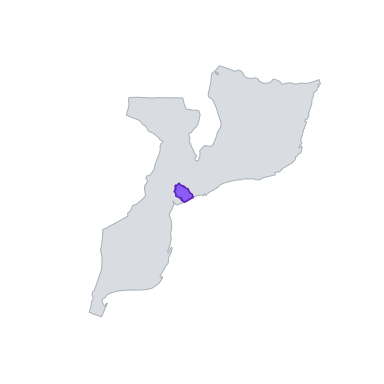 location of Muanza, Sofala, Mozambique, rotated 19°
{"feature_id": "85939544B50673994435668", "entity_name": "Muanza", "entity_type": "district", "adm_level": 2, "iso_a3": "MOZ", "parent_name": "Mozambique", "parent_adm1": "Sofala", "projection": "mercator", "projection_center": [34.955, -19.086], "detail": "fine", "context": "in_parent", "style": "filled", "palette": "violet", "viewbox_px": 384, "rotation_deg": 19, "n_neighbors": 0, "source": "geoboundaries", "source_scale": "gbopen_adm2", "svg_char_len": 7013}
<svg xmlns="http://www.w3.org/2000/svg" viewBox="0 0 384 384"><g transform="rotate(19 192 192)"><path d="M119.9,256.3L122.3,254.4L138.3,236.7L139.3,236.0L138.0,233.1L140.0,229.7L140.3,224.4L140.9,223.6L143.4,221.8L146.7,216.4L148.8,212.2L149.1,210.2L146.1,204.5L145.2,201.5L146.1,198.8L146.4,196.3L146.0,195.5L144.1,194.5L143.8,193.4L143.8,192.1L144.2,191.4L146.5,190.2L147.0,189.6L148.8,183.0L148.2,178.0L148.2,172.4L148.6,166.5L148.4,163.2L147.0,159.4L146.8,156.7L147.9,154.8L148.1,153.6L144.6,153.0L142.8,151.4L136.1,149.0L130.9,148.6L126.6,144.8L123.3,144.2L119.0,141.4L105.4,140.9L104.9,140.6L104.4,132.3L103.9,129.5L102.3,126.6L101.8,124.6L101.9,123.2L109.4,120.2L124.1,116.0L127.3,114.5L152.4,106.1L153.1,106.6L155.6,110.9L159.7,115.8L160.8,115.1L166.8,114.3L167.7,113.7L169.5,113.3L171.6,113.0L172.3,113.3L174.5,116.3L175.3,122.0L175.4,125.9L175.1,128.6L173.3,131.8L172.0,135.8L170.1,138.0L170.1,139.0L172.3,141.4L172.8,142.4L172.6,144.5L173.0,145.4L174.9,146.7L176.3,148.7L181.8,154.5L183.2,155.5L184.3,155.8L184.8,156.9L184.5,158.3L183.7,159.0L184.0,160.1L185.0,161.0L187.5,160.8L187.8,160.5L187.7,155.3L186.8,152.3L185.8,150.9L187.9,145.4L189.0,143.9L193.1,143.2L195.0,142.7L195.7,142.0L196.4,140.3L196.8,135.4L197.0,130.8L196.6,128.1L197.2,124.0L198.1,121.5L197.6,121.0L197.3,117.6L187.1,104.0L181.3,98.0L180.4,97.4L177.2,96.9L175.5,94.6L174.1,82.6L172.0,73.8L175.3,68.1L176.4,64.4L177.1,63.8L180.0,63.6L190.0,63.7L192.5,64.1L193.6,63.7L196.3,61.5L198.4,61.5L201.3,62.9L202.9,64.2L203.2,65.2L205.1,65.9L208.7,66.0L211.4,65.5L213.0,64.2L214.7,63.5L216.5,63.4L217.9,63.9L218.8,64.8L220.6,65.5L223.2,65.9L226.1,65.3L229.2,63.7L231.0,62.0L231.9,59.1L232.5,58.7L236.9,58.5L239.2,59.0L242.2,60.8L247.4,57.6L250.7,56.5L253.8,56.5L256.3,55.7L258.3,54.2L260.4,53.3L264.8,52.1L267.7,50.5L275.7,44.4L276.6,46.1L278.3,47.8L276.1,49.6L278.0,50.7L276.6,52.4L276.5,53.6L277.1,54.8L276.2,56.7L275.0,58.2L274.7,59.4L275.8,61.4L275.2,65.0L276.9,71.0L276.4,73.0L276.7,77.8L276.1,79.5L277.2,80.1L277.7,82.0L277.3,85.3L275.5,86.7L275.3,88.1L277.5,88.1L277.5,92.3L277.2,93.5L277.8,94.9L277.1,96.4L277.9,103.1L278.0,108.0L278.1,108.8L280.0,109.6L280.0,110.9L278.7,112.7L278.8,115.3L280.2,113.2L281.0,113.2L281.8,114.0L281.8,117.0L282.2,118.4L282.0,119.7L279.8,122.2L279.7,124.5L278.8,124.8L278.4,125.4L279.0,126.8L278.9,128.0L277.4,131.7L269.7,140.6L269.5,142.2L267.6,145.0L265.5,145.5L264.3,146.2L265.2,148.7L255.0,155.1L254.0,155.9L252.3,158.3L248.9,159.5L245.3,159.6L244.6,160.1L236.3,163.0L234.7,164.4L231.2,165.7L225.6,168.9L221.0,171.9L215.9,176.4L215.2,178.9L212.7,182.0L209.1,185.8L206.9,189.0L206.8,190.3L205.5,190.7L204.4,189.4L203.9,192.0L203.0,192.2L202.0,191.6L197.4,194.3L194.0,197.4L189.1,203.4L182.0,209.1L180.4,209.2L178.2,207.2L177.0,207.1L178.8,209.3L178.7,214.1L177.8,219.8L177.9,221.0L182.6,227.1L184.9,234.2L185.1,237.8L187.5,242.5L188.5,249.6L188.3,256.2L189.4,257.2L189.8,256.3L190.0,252.1L190.7,251.0L191.3,251.2L191.9,253.4L192.1,255.8L191.2,261.0L191.5,263.1L192.7,266.6L191.3,270.7L189.2,282.0L189.7,282.8L190.8,283.0L191.2,281.8L191.8,281.8L192.1,282.5L191.2,287.0L190.4,289.0L187.2,293.8L185.6,295.9L182.8,297.9L176.2,301.1L163.1,305.7L154.8,309.4L148.3,313.7L145.4,316.6L144.2,319.9L142.0,323.4L143.9,326.3L146.4,328.4L147.5,324.9L148.2,324.9L147.0,339.4L138.0,339.6L135.3,339.1L133.9,339.2L133.7,333.1L132.7,328.6L133.1,325.4L133.0,323.6L131.1,322.5L130.6,319.0L131.7,316.3L131.7,294.4L128.5,283.8L124.2,276.2L124.0,272.4L122.1,264.0L119.9,256.3ZM177.5,73.0L178.6,72.5L178.8,71.5L178.1,71.0L177.5,71.1L177.2,72.7L177.5,73.0ZM176.8,71.2L176.0,70.5L175.3,70.7L175.1,71.3L175.8,72.1L176.5,72.1L176.8,71.2Z" fill="#d9dde1" stroke="#a8b0b8" stroke-width="1"/><path d="M176.7,188.2L176.7,188.3L176.5,188.5L176.4,188.6L176.5,188.7L176.5,188.8L176.3,189.0L176.3,189.6L176.2,189.7L176.2,189.8L176.3,189.9L176.3,190.0L176.2,190.1L175.9,190.4L175.7,190.4L175.6,190.5L175.4,190.6L175.2,190.8L175.1,191.0L175.0,191.3L174.9,191.3L174.8,191.2L174.8,191.3L174.6,191.3L174.6,191.2L174.4,191.1L174.3,191.3L174.2,191.4L174.1,191.6L174.0,191.9L174.0,192.1L174.4,192.3L174.6,192.8L174.9,192.8L175.1,192.9L175.3,193.0L175.3,193.3L175.2,193.5L175.4,194.0L175.5,194.1L175.6,194.3L175.5,194.5L175.4,194.5L175.5,194.6L175.4,194.6L175.3,194.8L175.5,194.9L175.4,195.0L175.4,195.3L175.3,195.5L175.2,195.7L175.3,195.8L175.2,196.0L175.3,196.1L175.2,196.2L175.3,196.3L175.3,196.5L175.4,196.8L175.3,197.0L175.2,197.1L175.0,197.3L175.0,197.5L175.4,197.5L175.5,197.5L175.8,197.6L176.0,197.7L176.2,197.8L176.3,197.8L176.5,198.0L176.5,198.3L176.7,198.5L177.0,198.8L177.2,199.0L177.4,199.1L177.5,199.3L177.6,199.7L177.7,199.9L177.7,200.1L177.7,200.4L177.9,200.9L178.1,201.1L178.6,201.1L179.1,201.1L179.4,201.0L179.6,200.9L179.7,201.0L179.8,201.1L179.8,201.3L180.0,201.3L180.3,201.4L180.5,201.4L180.9,201.4L181.2,201.4L181.5,201.4L182.0,201.5L182.2,201.4L182.3,201.5L182.5,201.5L182.6,201.4L182.8,201.5L183.2,201.6L183.4,201.6L183.5,201.8L183.6,201.7L183.6,201.8L183.7,201.7L183.8,201.8L184.0,201.8L184.2,201.7L184.3,201.9L184.4,202.0L184.4,202.3L184.5,202.4L184.6,202.5L184.9,202.6L184.9,202.9L184.9,203.0L185.0,203.3L185.1,203.2L185.1,203.3L185.3,203.4L185.5,203.4L185.6,203.2L185.9,203.4L186.0,203.4L186.3,203.4L186.5,203.4L186.8,203.3L186.9,203.5L187.0,203.5L187.3,203.8L187.3,204.0L187.5,204.0L187.8,204.0L188.0,204.0L188.3,204.0L188.8,203.6L189.0,203.5L189.4,203.1L189.4,202.9L189.5,202.9L189.7,202.7L189.8,202.6L190.0,202.4L190.1,202.2L190.3,202.0L190.7,201.6L190.6,201.3L190.6,201.2L190.8,201.2L190.7,201.3L190.8,201.4L191.1,201.0L191.1,200.9L191.3,200.7L191.5,200.4L191.7,200.2L191.8,199.9L191.9,200.0L192.0,199.9L192.6,199.2L192.9,198.9L192.7,198.9L192.8,198.8L192.8,198.7L193.2,198.4L193.3,198.3L193.4,198.2L193.5,198.0L193.8,197.7L194.0,197.5L194.3,197.3L194.3,197.2L194.2,197.1L194.4,196.9L194.6,196.9L194.5,196.7L194.4,196.7L194.5,196.6L194.5,196.4L194.6,196.2L194.4,195.9L194.5,195.8L194.4,195.7L194.2,195.6L193.9,195.4L193.8,195.2L193.7,195.1L193.4,194.9L193.3,194.7L193.2,194.4L193.1,194.2L192.9,194.2L192.6,194.1L192.4,193.9L192.0,193.8L191.8,193.8L191.7,193.8L191.4,193.7L191.2,193.6L191.0,193.8L190.9,193.8L190.7,193.7L190.3,193.3L190.2,193.2L190.0,192.8L189.9,192.8L189.7,192.9L189.4,192.7L189.2,192.7L188.8,192.4L188.7,192.2L188.4,192.0L188.4,191.9L188.5,191.8L188.4,191.7L188.2,191.4L188.1,191.2L187.9,191.0L187.8,190.9L187.7,190.8L187.7,190.7L187.4,190.4L187.2,190.2L186.9,190.2L186.7,190.2L186.6,190.3L186.5,190.5L186.1,190.5L185.9,190.6L185.6,190.5L185.4,190.5L185.0,190.5L184.6,190.4L184.5,190.2L184.4,190.2L184.3,189.9L184.1,189.9L183.8,189.7L183.7,189.6L183.4,189.5L183.0,189.8L182.9,189.8L182.8,189.7L182.8,189.8L182.7,189.8L182.1,189.9L182.0,189.7L181.8,189.6L181.6,189.3L181.3,189.1L181.2,189.1L181.2,189.3L180.9,189.3L180.7,189.2L180.5,189.3L180.4,189.4L180.2,189.5L180.0,189.4L179.8,189.4L179.5,189.2L179.3,189.0L179.1,189.0L178.9,188.9L178.7,188.9L178.2,188.7L177.9,188.5L177.7,188.3L177.4,188.2L177.1,188.0L176.9,188.2L176.7,188.2Z" fill="#8b5cf6" stroke="#5b21b6" stroke-width="1.5"/></g></svg>